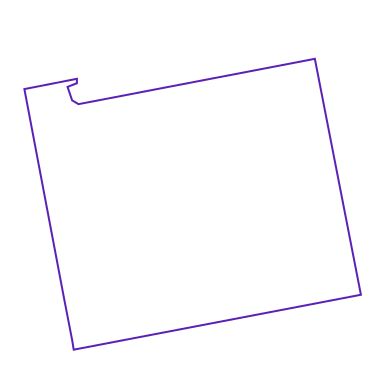 outline of Cottle, Texas, United States of America, rotated 259°
{"feature_id": "52423323B25180232244393", "entity_name": "Cottle", "entity_type": "district", "adm_level": 2, "iso_a3": "USA", "parent_name": "United States of America", "parent_adm1": "Texas", "projection": "robinson", "projection_center": [-100.209, 34.075], "detail": "fine", "context": "isolated", "style": "outline", "palette": "violet", "viewbox_px": 384, "rotation_deg": 259, "n_neighbors": 0, "source": "geoboundaries", "source_scale": "gbopen_adm2", "svg_char_len": 298}
<svg xmlns="http://www.w3.org/2000/svg" viewBox="0 0 384 384"><g transform="rotate(259 192 192)"><path d="M110.7,46.1L69.6,46.1L59.8,45.8L58.9,338.2L299.3,338.0L299.9,97.3L304.9,91.8L318.9,89.9L320.8,99.8L325.1,100.6L325.0,47.1L110.7,46.1Z" fill="none" stroke="#5b21b6" stroke-width="2"/></g></svg>